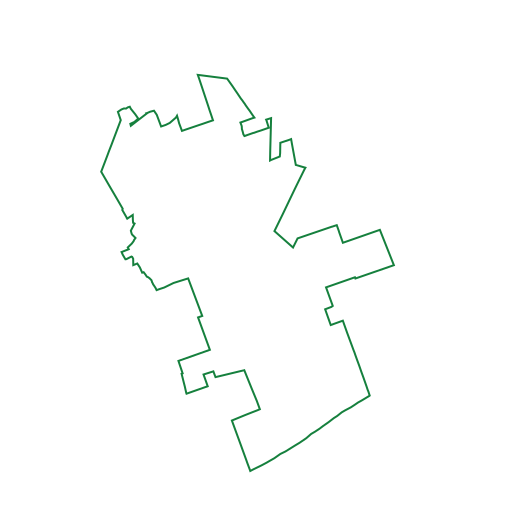 Sinanché, Yucatán, Mexico, rotated 154°
{"feature_id": "50627088B40588220742551", "entity_name": "Sinanché", "entity_type": "district", "adm_level": 2, "iso_a3": "MEX", "parent_name": "Mexico", "parent_adm1": "Yucatán", "projection": "orthographic", "projection_center": [-89.197, 21.269], "detail": "fine", "context": "isolated", "style": "outline", "palette": "green", "viewbox_px": 512, "rotation_deg": 154, "n_neighbors": 0, "source": "geoboundaries", "source_scale": "gbopen_adm2", "svg_char_len": 3164}
<svg xmlns="http://www.w3.org/2000/svg" viewBox="0 0 512 512"><g transform="rotate(154 256 256)"><path d="M375.1,318.5L375.2,315.6L374.8,310.3L374.3,310.1L373.9,310.0L368.2,310.1L367.7,309.5L367.6,307.4L370.3,301.6L366.0,301.3L365.4,296.7L365.6,290.9L364.1,290.7L363.5,287.8L363.4,287.1L363.2,285.3L362.3,284.3L361.4,282.6L361.0,281.3L360.6,280.3L360.7,278.9L360.9,278.1L360.8,276.5L360.9,275.7L360.6,273.9L360.5,272.9L360.3,271.7L360.3,268.9L357.4,268.6L352.3,267.9L341.9,267.9L326.8,265.6L330.6,225.7L335.0,226.2L338.6,191.9L371.7,195.7L373.4,182.7L374.5,182.8L376.4,173.8L377.2,169.9L378.7,163.6L378.8,162.7L356.5,160.1L355.1,172.5L344.9,171.0L345.5,164.9L337.9,163.2L316.6,158.5L318.0,138.3L318.8,125.4L319.3,120.6L319.7,116.6L322.1,116.7L327.9,117.2L335.6,117.8L349.8,118.7L351.0,107.2L352.6,91.7L352.8,89.9L354.2,76.7L354.5,74.2L355.2,66.9L355.4,65.3L351.8,65.4L342.8,65.4L337.1,65.6L334.5,65.8L328.2,66.2L323.3,67.0L320.9,67.4L318.9,67.4L315.2,67.4L303.6,68.6L299.0,69.0L290.7,70.2L284.4,71.9L280.3,72.2L274.8,72.9L270.2,73.8L263.8,74.8L257.0,76.2L253.3,76.6L247.5,77.9L243.6,78.2L237.1,78.4L232.4,79.0L228.4,79.6L224.4,79.8L222.1,80.0L215.5,80.6L215.0,80.7L214.4,85.0L214.3,86.8L213.8,90.5L212.7,99.9L212.1,105.6L211.3,112.3L210.7,118.2L210.1,123.7L209.8,126.0L209.6,128.6L209.2,132.5L208.7,137.5L207.9,145.5L207.8,146.6L206.3,159.8L210.9,160.3L219.1,161.2L217.2,177.8L210.5,177.2L208.9,177.5L206.8,197.1L176.4,193.5L176.5,192.2L136.1,187.3L133.2,225.2L172.1,229.8L170.8,241.0L170.6,242.1L169.9,248.3L171.8,248.6L174.8,249.0L175.0,249.1L210.9,253.6L219.0,247.4L228.5,270.3L213.6,281.9L199.1,293.4L191.9,299.1L186.9,303.0L181.6,307.1L175.4,311.9L173.5,313.3L172.9,313.7L180.3,320.4L174.8,340.1L173.2,345.7L175.7,345.9L184.5,347.1L189.2,337.9L191.0,335.0L200.3,335.7L201.5,335.7L197.2,344.1L182.0,373.3L187.1,374.1L187.1,373.7L187.4,371.7L187.7,369.7L188.3,365.7L192.8,366.2L196.9,366.7L198.9,367.0L200.2,367.2L203.9,367.6L204.5,367.8L213.8,368.9L214.0,370.9L213.5,373.3L213.1,375.7L213.1,376.1L212.0,378.7L211.8,379.6L211.5,382.8L209.0,382.5L198.8,381.4L196.8,381.1L196.9,381.6L197.2,383.5L197.5,385.5L197.8,387.5L197.8,387.8L198.1,389.7L198.5,391.7L198.9,394.1L199.2,395.9L199.4,397.8L199.7,399.3L200.1,401.9L200.6,404.2L201.6,411.5L202.0,414.1L202.7,419.1L204.2,428.1L219.3,438.0L226.9,443.0L228.9,444.3L229.4,440.0L233.2,411.8L233.8,407.6L234.4,402.8L235.2,396.8L240.5,397.5L246.3,398.2L250.0,398.7L256.3,399.5L260.2,400.0L264.2,400.5L267.7,400.9L266.9,409.1L266.2,412.6L265.5,416.7L267.3,415.5L275.2,413.4L279.7,413.4L284.5,414.0L283.3,426.4L284.0,431.3L288.0,432.1L291.1,432.2L291.7,432.3L291.6,432.0L303.3,429.6L311.4,427.9L311.0,429.9L306.6,429.8L301.6,431.1L302.4,436.3L304.0,443.3L304.0,445.5L306.0,445.8L308.2,445.5L310.0,446.5L312.7,446.7L316.9,446.1L318.0,437.4L337.5,419.0L342.6,414.3L345.2,411.8L358.2,399.6L356.9,381.4L356.0,369.5L355.1,356.9L356.0,356.0L355.4,347.1L355.5,346.9L355.4,346.0L348.8,346.9L350.9,342.3L351.9,339.7L350.9,338.4L357.4,333.6L358.0,330.5L357.9,329.3L357.5,328.3L356.4,325.0L358.1,324.1L358.5,323.9L359.5,323.0L362.2,321.6L367.5,319.9L367.4,317.9L375.1,318.5Z" fill="none" stroke="#15803d" stroke-width="2"/></g></svg>